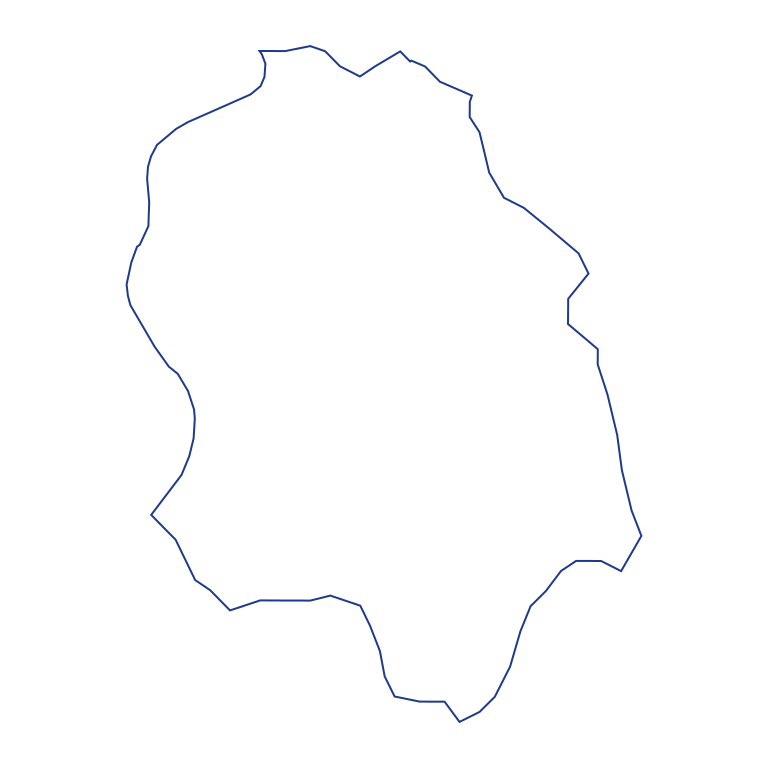 Popdong, Kangwŏn-do, North Korea (Robinson projection)
{"feature_id": "82179303B73748645094132", "entity_name": "Popdong", "entity_type": "district", "adm_level": 2, "iso_a3": "PRK", "parent_name": "North Korea", "parent_adm1": "Kangwŏn-do", "projection": "robinson", "projection_center": [127.124, 38.996], "detail": "fine", "context": "isolated", "style": "outline", "palette": "blue", "viewbox_px": 768, "rotation_deg": 0, "n_neighbors": 0, "source": "geoboundaries", "source_scale": "gbopen_adm2", "svg_char_len": 1236}
<svg xmlns="http://www.w3.org/2000/svg" viewBox="0 0 768 768"><path d="M597.8,349.2L568.0,324.0L568.2,298.8L588.5,273.6L578.6,253.4L548.8,228.2L523.9,207.9L504.0,197.8L489.2,172.6L484.4,152.4L479.5,132.2L469.7,117.1L469.8,101.9L471.9,95.6L439.9,81.7L425.1,66.5L411.3,60.6L410.1,61.5L400.2,51.4L375.0,66.4L359.9,76.5L340.0,66.3L325.1,51.2L310.2,46.1L285.1,51.1L270.1,51.0L259.5,51.0L261.9,54.4L265.4,63.7L264.5,76.8L260.6,86.1L250.4,94.5L188.1,122.0L176.2,128.8L157.0,144.9L151.0,156.4L148.0,166.8L147.1,178.7L149.2,202.2L148.4,226.1L139.8,244.8L137.0,246.8L131.3,262.5L126.6,284.4L127.9,295.8L130.4,305.2L154.7,346.8L168.8,366.6L177.8,373.9L188.0,391.0L194.0,409.3L194.8,418.6L193.6,438.4L189.3,456.1L181.6,474.8L151.2,514.9L155.7,519.5L165.6,529.6L175.6,539.7L185.4,559.9L195.2,580.1L210.2,590.2L230.0,610.4L260.2,600.4L280.2,600.5L290.2,600.5L310.3,600.6L330.3,595.6L360.3,605.7L370.1,625.9L379.9,651.1L384.7,676.4L394.6,696.5L419.6,701.6L444.6,701.7L459.5,721.9L479.6,711.9L483.0,708.5L494.8,696.8L510.1,666.6L520.4,631.3L530.6,606.2L545.8,591.1L561.0,571.0L576.1,560.9L601.1,561.0L621.1,571.1L641.4,535.9L631.6,510.6L621.9,470.3L617.2,435.0L607.5,394.6L597.7,364.4L597.8,349.2Z" fill="none" stroke="#1e3a8a" stroke-width="2"/></svg>